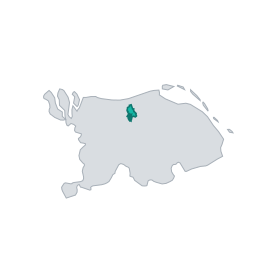 Amsterdam, Noord-Holland, Netherlands shown in context, rotated 60°
{"feature_id": "6326949B30737301574950", "entity_name": "Amsterdam", "entity_type": "district", "adm_level": 2, "iso_a3": "NLD", "parent_name": "Netherlands", "parent_adm1": "Noord-Holland", "projection": "albers", "projection_center": [4.983, 52.355], "detail": "fine", "context": "in_parent", "style": "filled", "palette": "teal", "viewbox_px": 256, "rotation_deg": 60, "n_neighbors": 0, "source": "geoboundaries", "source_scale": "gbopen_adm2", "svg_char_len": 5221}
<svg xmlns="http://www.w3.org/2000/svg" viewBox="0 0 256 256"><g transform="rotate(60 128 128)"><path d="M157.8,216.5L153.8,216.4L150.2,216.3L148.2,216.0L146.1,215.1L145.1,213.2L144.0,210.9L144.3,209.5L147.7,205.5L148.2,204.3L147.8,203.8L148.2,202.0L150.7,196.0L151.0,193.6L149.8,191.9L148.1,190.9L142.6,189.2L139.9,186.7L138.7,184.5L137.5,183.9L135.7,184.6L131.1,185.5L127.4,184.3L123.0,180.2L122.0,176.5L121.5,173.6L120.4,172.7L118.9,174.1L117.0,176.4L113.4,176.7L112.3,176.2L112.1,174.9L111.9,173.7L110.9,172.1L109.8,171.3L105.2,175.5L103.4,175.5L101.3,173.9L100.2,172.3L97.8,173.2L95.6,175.1L96.3,178.8L95.2,179.5L92.5,179.1L89.5,177.6L86.2,176.6L81.2,174.0L74.1,176.0L69.2,173.4L65.1,173.1L62.6,171.1L60.0,167.6L62.0,165.5L63.8,164.8L71.3,164.5L76.7,165.9L86.3,173.3L88.8,173.3L91.4,172.4L90.1,170.4L87.7,169.4L84.1,167.4L81.2,164.6L88.0,163.8L87.1,162.4L86.2,160.0L79.2,151.4L80.5,149.2L82.3,144.3L84.6,140.2L86.4,139.2L89.3,136.3L95.7,127.9L99.8,121.1L102.8,112.9L107.2,90.4L108.5,86.6L110.6,82.3L113.2,83.1L115.0,84.3L121.4,81.1L132.4,72.8L135.5,65.5L138.7,62.2L151.1,55.5L158.0,53.5L168.6,52.8L176.3,51.4L185.5,50.8L189.2,54.8L191.3,57.6L194.6,59.2L199.8,60.2L199.6,66.0L200.0,77.5L199.7,79.6L197.5,84.5L195.3,93.3L194.8,99.0L194.1,100.2L184.3,100.4L182.9,101.4L182.7,102.7L183.3,104.1L183.1,105.6L182.3,106.8L182.8,108.7L184.5,110.8L187.7,112.1L191.1,112.1L192.8,111.8L194.1,113.3L195.4,115.7L195.4,118.7L195.0,122.7L193.5,126.4L189.0,130.8L187.0,132.4L185.1,133.2L184.2,134.4L183.8,135.8L183.9,137.1L187.3,140.4L187.2,141.2L186.3,143.0L185.1,144.7L176.7,148.4L173.2,148.2L171.2,150.0L170.6,150.4L168.3,148.8L163.4,147.0L161.5,147.7L160.5,148.7L157.4,150.0L155.2,152.0L155.2,154.4L159.2,160.8L160.7,162.0L160.8,164.4L162.7,167.3L164.8,171.1L165.0,173.4L164.8,175.9L163.9,179.3L160.5,187.4L160.5,188.9L160.8,190.1L162.0,190.4L162.9,191.0L162.7,192.1L156.3,197.7L155.4,198.7L152.7,198.5L152.3,199.4L152.7,200.9L153.8,202.2L156.1,202.9L158.1,204.2L159.8,207.0L157.8,216.5ZM89.5,177.6L88.9,179.9L87.4,182.4L82.3,186.1L77.0,188.4L74.2,188.1L72.4,186.8L71.4,185.4L68.6,184.1L64.7,183.4L62.2,184.7L60.5,186.0L59.0,185.7L57.8,184.6L57.0,182.9L56.0,177.6L58.9,176.7L65.2,176.4L70.0,178.4L76.4,179.4L81.3,176.9L85.1,179.1L89.5,177.6ZM79.2,155.8L82.9,159.2L83.7,160.3L84.0,161.4L79.2,162.7L74.3,158.5L70.9,159.4L69.7,157.5L69.7,156.2L73.2,155.3L79.2,155.8ZM115.0,74.4L111.3,78.7L109.1,77.5L108.4,76.5L109.6,73.1L115.0,67.5L115.0,74.4ZM131.1,55.0L127.7,55.5L126.1,54.7L134.3,52.2L139.5,51.4L140.4,51.8L131.1,55.0ZM153.1,50.3L145.9,51.4L143.5,50.7L143.1,50.0L145.0,49.5L151.2,49.4L153.1,50.0L153.1,50.3ZM123.1,59.8L116.3,64.3L115.8,63.6L120.1,59.7L123.1,59.8ZM182.4,42.2L179.0,42.5L179.9,40.8L183.0,39.6L184.7,39.5L182.4,42.2ZM167.8,46.9L162.7,49.1L161.5,48.7L161.8,48.1L166.3,46.7L167.8,46.9Z" fill="#d9dde1" stroke="#a8b0b8" stroke-width="1"/><path d="M115.8,120.6L115.9,120.4L115.8,120.2L115.9,119.8L116.0,119.8L116.3,119.6L116.5,119.4L116.7,119.5L116.8,119.6L117.0,119.5L117.0,119.4L117.3,119.3L117.4,119.2L117.7,118.8L117.7,118.7L117.8,118.4L118.0,118.3L118.0,118.2L118.1,118.3L119.1,119.1L119.3,119.1L119.5,119.1L119.8,118.7L120.6,118.3L120.6,117.1L121.7,116.5L122.1,116.2L121.9,114.7L121.7,114.5L121.3,114.5L121.1,114.6L120.8,114.5L120.6,114.5L120.5,114.4L120.4,114.5L120.2,114.4L120.0,114.2L120.0,114.3L119.9,114.3L119.2,114.0L118.8,114.0L118.7,114.1L118.5,113.9L118.2,114.1L117.5,114.2L117.4,114.2L117.2,114.2L117.1,114.6L116.9,114.7L116.7,114.8L116.2,114.5L116.0,114.4L115.9,114.4L115.7,114.3L115.7,114.2L115.4,114.0L115.1,114.0L114.8,114.0L114.7,113.9L114.7,114.0L114.5,113.9L114.4,113.7L114.2,113.7L114.0,113.8L113.9,114.0L113.9,114.3L113.8,114.5L113.4,114.4L110.5,113.8L109.4,113.6L109.0,115.5L110.0,115.7L110.1,115.9L110.1,116.2L110.1,116.3L110.1,116.5L110.1,116.8L110.1,117.0L110.1,117.3L110.0,118.1L110.1,118.3L110.6,118.6L111.3,119.1L111.6,119.5L112.2,120.0L112.3,120.0L112.6,120.1L113.1,120.0L113.1,119.9L113.3,119.8L113.5,119.8L113.8,119.8L113.8,120.3L115.3,120.3L115.5,120.4L115.7,120.5L115.8,120.5L115.8,120.6ZM117.5,123.0L117.7,122.9L117.9,122.9L118.0,122.9L118.0,122.7L118.5,122.3L118.8,122.3L119.1,122.3L119.2,122.1L119.2,121.9L119.3,121.9L119.4,121.6L119.5,121.6L119.8,121.5L120.0,121.5L120.0,122.3L120.0,122.7L120.0,122.8L120.2,122.7L120.3,122.4L120.4,122.5L120.5,122.6L120.8,122.8L120.8,122.7L121.1,122.4L121.1,122.5L121.2,122.4L121.4,122.3L121.5,122.5L121.6,122.8L121.6,123.0L122.1,123.0L122.3,122.9L122.5,122.8L123.0,122.9L123.1,122.7L123.0,122.4L122.9,122.3L122.9,122.2L123.0,122.0L123.2,121.9L122.9,121.8L122.8,121.7L122.8,121.4L122.8,121.2L122.6,120.9L122.3,120.7L122.1,120.6L121.9,120.4L121.9,120.5L121.8,120.4L121.7,120.3L121.6,120.5L121.4,120.6L121.3,120.4L121.5,120.3L121.5,120.2L121.4,120.2L121.0,120.0L120.9,120.0L120.8,119.9L120.6,119.9L120.4,119.8L120.2,119.8L119.9,119.8L119.8,120.0L119.9,120.3L119.8,120.2L119.4,120.5L119.2,120.7L119.1,120.8L119.1,120.7L118.9,120.2L118.6,119.8L118.4,119.8L118.2,119.8L118.1,120.0L117.9,120.0L117.4,120.3L117.2,120.0L116.9,120.1L116.8,120.3L117.0,120.5L116.9,120.5L116.9,120.8L116.7,120.8L116.8,120.9L116.7,120.9L116.5,121.1L116.6,121.3L116.7,121.5L117.2,122.4L117.4,122.8L117.5,123.0Z" fill="#14b8a6" stroke="#0f766e" stroke-width="1.5"/></g></svg>